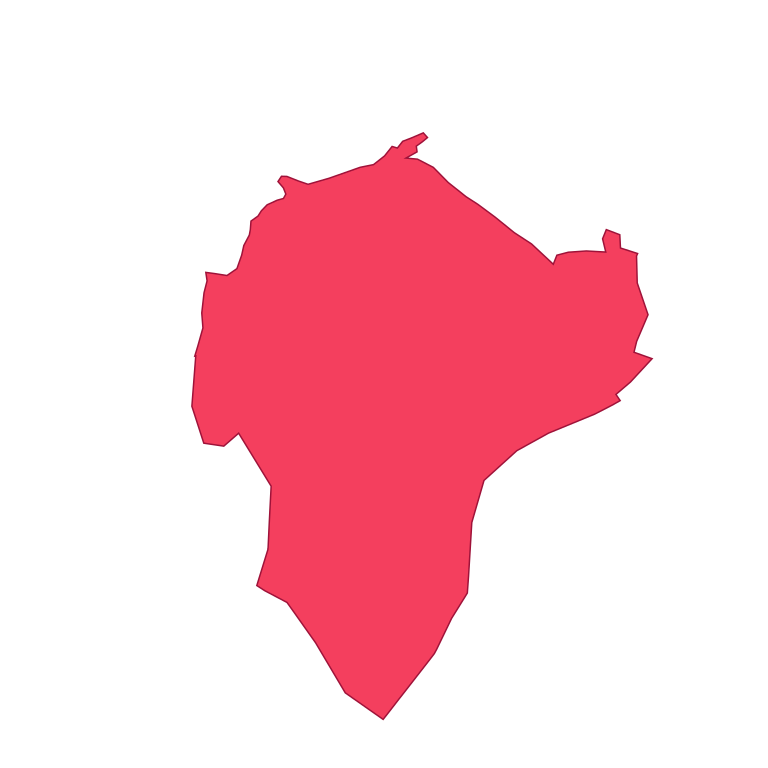 outline of Mosfiloti, Larnaca, Cyprus, rotated 219°
{"feature_id": "46923920B11567225397923", "entity_name": "Mosfiloti", "entity_type": "district", "adm_level": 2, "iso_a3": "CYP", "parent_name": "Cyprus", "parent_adm1": "Larnaca", "projection": "robinson", "projection_center": [33.434, 34.953], "detail": "fine", "context": "isolated", "style": "filled", "palette": "rose", "viewbox_px": 768, "rotation_deg": 219, "n_neighbors": 0, "source": "geoboundaries", "source_scale": "gbopen_adm2", "svg_char_len": 1503}
<svg xmlns="http://www.w3.org/2000/svg" viewBox="0 0 768 768"><g transform="rotate(219 384 384)"><path d="M346.7,148.3L321.9,153.2L321.2,153.0L308.2,149.4L274.2,139.8L219.7,119.6L173.6,122.8L173.7,130.1L173.8,135.4L174.1,148.4L174.2,156.4L175.0,198.6L175.2,206.1L176.1,210.9L184.0,244.5L184.6,249.4L187.1,269.5L187.7,274.0L197.1,287.5L228.6,331.6L245.6,372.0L238.8,415.8L225.2,449.4L201.3,493.2L192.8,512.5L192.5,513.4L190.0,519.7L197.2,521.9L193.7,540.7L191.6,572.4L209.7,566.0L214.5,576.2L222.4,604.0L250.8,621.9L268.3,642.4L269.0,645.0L285.8,638.5L294.7,648.4L308.4,643.9L305.5,634.4L294.7,626.1L310.5,614.7L323.7,602.4L330.7,592.9L327.8,583.6L357.4,585.7L378.0,583.6L402.8,583.6L424.1,582.7L438.1,581.2L460.9,581.0L482.0,583.4L499.5,579.8L509.1,573.4L504.4,585.2L508.6,589.2L506.6,596.4L505.3,602.9L511.5,603.9L517.8,592.0L522.2,584.4L522.1,575.8L527.2,573.7L527.1,561.6L530.2,547.9L538.9,537.4L555.7,510.1L556.2,509.3L568.7,491.4L578.3,487.9L590.1,484.2L594.4,480.9L593.8,474.6L585.6,473.1L579.8,469.8L578.9,464.9L582.7,459.6L587.6,449.7L588.3,441.4L587.6,435.2L589.9,426.9L585.0,419.8L582.4,415.0L580.1,403.4L575.7,394.6L570.9,381.1L574.3,369.5L585.0,363.3L592.7,358.6L586.4,352.8L581.3,341.7L570.3,324.5L560.0,313.6L552.6,296.4L548.6,286.6L548.0,287.4L519.3,245.8L486.8,224.6L477.5,230.1L469.4,234.9L466.0,254.3L465.7,254.2L407.5,233.6L407.2,233.3L386.9,205.4L371.1,183.9L370.8,183.5L371.0,183.6L370.0,182.2L356.0,147.3L346.7,148.3Z" fill="#f43f5e" stroke="#9f1239" stroke-width="1.5"/></g></svg>